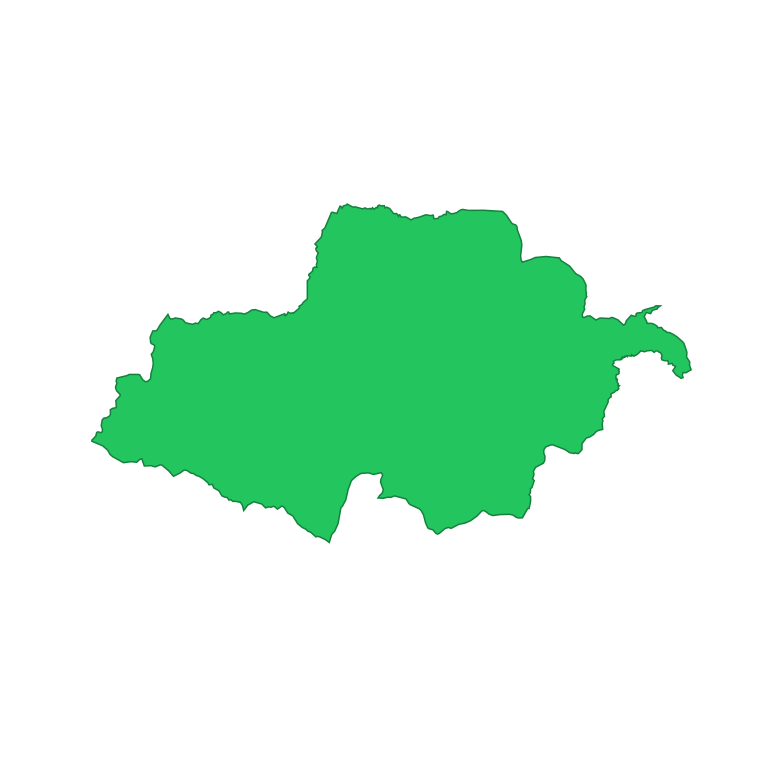 outline of Carmen De Carupa, Cundinamarca, Colombia, rotated 65°
{"feature_id": "7082276B22824140960773", "entity_name": "Carmen De Carupa", "entity_type": "district", "adm_level": 2, "iso_a3": "COL", "parent_name": "Colombia", "parent_adm1": "Cundinamarca", "projection": "orthographic", "projection_center": [-73.909, 5.336], "detail": "fine", "context": "isolated", "style": "filled", "palette": "green", "viewbox_px": 768, "rotation_deg": 65, "n_neighbors": 0, "source": "geoboundaries", "source_scale": "gbopen_adm2", "svg_char_len": 6161}
<svg xmlns="http://www.w3.org/2000/svg" viewBox="0 0 768 768"><g transform="rotate(65 384 384)"><path d="M221.6,315.4L220.7,316.4L221.4,319.2L219.3,319.9L220.2,321.4L218.9,322.5L218.7,324.4L217.8,325.7L216.4,326.7L216.2,329.4L211.3,335.2L210.5,337.5L205.3,341.4L205.9,342.7L205.4,345.5L207.0,347.7L204.5,348.1L204.2,348.7L209.5,354.7L206.4,358.3L206.4,359.2L217.6,371.6L218.6,375.1L220.6,375.8L224.4,378.8L227.9,387.4L231.3,386.4L232.0,386.8L232.0,388.0L232.7,388.7L235.0,389.0L237.2,388.1L241.0,392.0L244.7,392.5L247.1,394.8L249.9,395.6L248.7,397.5L248.9,399.2L251.6,401.2L252.9,405.9L254.0,406.3L255.8,405.9L256.8,406.7L258.1,409.9L274.4,417.5L275.8,422.5L277.2,424.8L277.7,428.2L279.4,428.5L281.5,436.3L280.8,436.7L280.6,438.7L278.3,440.5L279.9,442.5L280.5,444.2L280.2,444.8L279.4,444.2L278.3,444.4L277.5,455.6L274.2,458.3L269.5,459.7L268.1,462.8L262.2,469.2L261.0,472.6L261.7,477.2L261.6,481.1L259.7,483.2L256.9,488.5L255.1,494.5L253.3,494.3L252.7,495.1L253.5,497.5L253.3,500.4L250.3,501.6L248.1,503.4L248.5,506.1L247.4,508.1L248.5,509.5L248.5,511.7L250.4,513.2L250.6,516.8L250.2,517.9L247.8,520.0L248.3,522.6L250.8,526.9L249.2,529.0L248.9,532.5L244.6,538.0L240.9,539.1L239.3,540.3L235.9,545.3L235.8,547.7L234.9,549.9L233.6,550.4L229.6,550.4L236.0,562.2L239.1,566.7L239.4,568.3L238.2,571.1L242.8,576.2L247.9,578.0L249.1,577.8L251.5,575.8L253.0,575.8L257.2,579.4L258.8,582.4L263.4,582.9L267.7,584.4L271.0,586.4L276.2,590.9L280.6,593.4L281.7,597.1L281.0,599.4L278.1,600.9L272.4,601.5L271.5,602.6L267.7,610.8L267.7,613.8L265.7,623.6L268.1,625.5L270.8,625.9L272.8,628.3L274.8,629.1L277.6,629.1L281.7,627.7L283.0,627.9L285.7,634.0L291.7,636.3L292.1,637.3L291.4,640.2L291.6,642.9L296.0,644.8L297.0,646.3L297.4,649.9L296.5,652.1L297.3,654.4L302.1,657.8L305.5,658.2L308.0,659.3L308.6,660.9L306.5,663.4L306.5,664.9L309.4,667.2L311.4,672.4L312.4,673.0L321.1,665.1L327.2,662.4L332.2,662.0L335.1,660.7L345.2,653.4L347.4,646.3L350.4,641.2L349.2,637.5L349.4,635.1L357.0,635.9L359.5,629.7L362.4,626.4L362.7,621.4L363.4,619.7L371.7,615.8L378.7,613.8L378.5,606.5L377.5,601.5L379.0,599.2L383.1,596.7L384.7,594.5L387.7,592.7L389.1,590.9L393.5,587.9L398.9,585.4L401.4,585.2L402.5,582.0L406.2,582.2L411.0,578.7L416.8,578.2L418.9,576.5L420.7,574.0L423.7,573.6L424.1,571.8L426.7,570.4L427.6,568.1L430.6,564.1L434.0,563.6L439.4,564.6L436.2,558.7L435.7,551.8L441.1,545.5L446.2,543.7L446.7,540.2L448.0,538.4L448.0,536.1L449.5,534.6L452.4,533.5L451.5,528.6L452.1,527.4L453.9,526.6L460.4,525.7L465.0,522.4L474.0,521.3L479.5,518.7L482.6,516.2L485.2,515.2L487.5,513.0L493.7,510.4L493.9,508.8L495.2,507.1L500.2,502.9L504.5,500.6L498.2,494.9L496.5,490.8L491.1,484.6L477.6,475.1L477.4,473.6L473.0,467.7L464.4,461.0L458.4,455.0L457.5,453.5L455.8,447.9L455.3,442.7L458.0,435.6L461.5,431.7L463.2,424.0L466.1,423.7L469.2,427.2L471.4,428.6L479.6,429.3L482.3,432.0L483.1,435.0L484.8,437.6L487.2,433.1L488.3,428.1L489.6,425.9L489.9,421.7L497.5,412.6L503.0,411.9L504.6,411.1L512.1,404.7L514.4,403.8L519.3,403.5L527.4,405.0L532.6,405.1L533.6,404.9L537.0,401.2L541.3,400.1L542.7,398.9L542.8,397.0L540.8,389.9L541.2,386.3L543.2,384.2L542.8,375.5L544.3,369.4L544.5,363.3L543.0,355.6L540.4,348.9L540.8,347.1L543.2,345.3L546.1,344.0L549.2,341.0L551.4,334.0L555.1,325.4L557.3,322.5L560.9,320.3L562.2,318.8L563.8,315.1L557.6,306.4L558.2,305.1L552.1,300.6L547.8,298.7L545.6,299.4L544.6,297.4L540.6,295.3L540.5,293.8L535.1,288.7L532.8,289.4L529.4,286.3L526.3,285.5L523.6,281.9L523.1,272.9L521.3,270.7L517.6,268.7L514.2,268.4L511.4,267.1L509.4,264.0L509.7,258.9L510.4,256.8L520.2,247.4L524.6,244.9L527.3,241.1L527.3,239.5L528.3,238.9L529.2,237.2L527.2,232.3L521.8,229.8L518.5,223.5L518.9,220.0L518.4,215.6L517.0,212.2L516.6,209.6L517.6,205.0L512.2,203.0L509.8,201.1L507.7,200.8L506.5,197.8L501.8,196.4L495.1,188.5L493.0,187.5L492.0,185.7L491.6,183.4L488.8,182.5L488.8,178.6L488.0,177.0L488.4,175.3L487.6,173.2L485.9,173.1L484.9,171.3L484.0,172.5L482.9,171.6L480.2,171.9L478.7,170.6L477.5,170.8L477.7,171.5L475.5,170.9L473.7,169.4L474.2,167.9L473.8,166.6L471.7,165.4L470.7,165.7L469.9,164.6L464.0,168.8L462.7,168.4L462.3,166.7L460.4,166.5L460.2,163.6L461.8,159.9L461.2,157.9L461.4,157.4L461.8,157.8L461.6,156.8L460.4,156.7L461.4,154.9L460.8,154.4L461.4,154.1L461.2,152.6L461.7,152.2L460.9,152.1L463.2,148.1L462.1,147.3L463.8,146.6L464.4,145.5L463.9,145.1L464.5,143.8L463.8,140.5L462.5,137.3L464.9,134.2L465.1,131.6L466.7,127.2L469.5,125.8L469.0,123.7L469.5,122.3L471.7,121.1L472.2,120.2L473.4,120.0L476.0,120.1L477.6,121.7L479.6,121.9L481.7,119.5L482.6,117.3L483.8,116.9L486.2,117.9L487.1,114.2L488.9,114.3L491.3,112.3L494.0,116.7L499.4,115.4L504.4,112.3L504.6,110.2L502.2,109.9L500.0,108.2L501.4,105.7L500.9,99.6L496.3,99.2L493.1,97.6L487.5,98.4L483.3,96.1L480.4,95.7L474.2,95.0L472.2,95.4L465.1,98.5L461.0,101.1L458.0,103.5L456.8,105.8L454.8,106.5L453.6,107.8L450.0,108.7L448.6,112.2L446.8,112.1L444.0,114.0L442.3,115.6L440.1,120.0L438.5,119.5L433.0,119.7L430.0,116.1L432.9,112.6L430.6,109.5L431.5,104.8L430.4,103.3L430.0,100.6L428.0,104.5L428.4,106.9L426.9,115.7L426.8,118.6L427.8,119.4L428.0,120.6L426.6,124.8L427.2,126.1L428.7,126.6L428.8,127.1L428.3,128.6L426.2,130.9L429.0,137.5L431.5,140.0L431.9,142.0L424.7,144.9L420.5,148.6L419.7,150.1L420.0,151.8L415.5,160.3L415.6,164.9L409.3,168.5L408.3,171.2L408.4,174.0L407.4,175.8L404.5,174.8L400.9,170.4L399.0,170.4L396.3,167.9L392.7,166.6L390.4,163.2L389.0,163.3L386.9,162.0L384.7,161.6L379.7,159.1L373.3,159.1L370.0,160.1L364.8,163.7L355.6,165.9L347.1,171.3L343.8,171.8L336.9,183.3L333.3,193.4L333.2,198.5L332.0,207.2L329.7,207.3L325.7,206.1L316.6,200.5L312.2,199.0L300.4,198.0L297.8,197.0L295.5,197.4L293.3,199.7L291.6,200.4L282.8,201.7L277.7,203.6L268.8,220.0L262.4,234.0L258.9,239.1L258.7,242.2L259.4,245.5L258.7,250.1L257.3,252.0L254.7,253.3L254.0,254.4L256.8,256.1L255.7,257.6L256.2,261.2L255.6,263.2L256.8,265.3L255.1,269.1L252.3,268.0L251.5,268.2L251.3,270.1L248.3,274.6L247.6,282.0L246.4,287.2L246.8,290.0L241.9,293.5L239.9,297.9L237.5,298.1L237.1,298.7L238.2,299.9L234.9,300.5L233.6,303.3L227.3,304.7L224.9,306.9L224.8,308.7L222.5,308.4L221.6,311.0L219.8,312.7L220.0,314.4L221.6,315.4Z" fill="#22c55e" stroke="#15803d" stroke-width="1.5"/></g></svg>